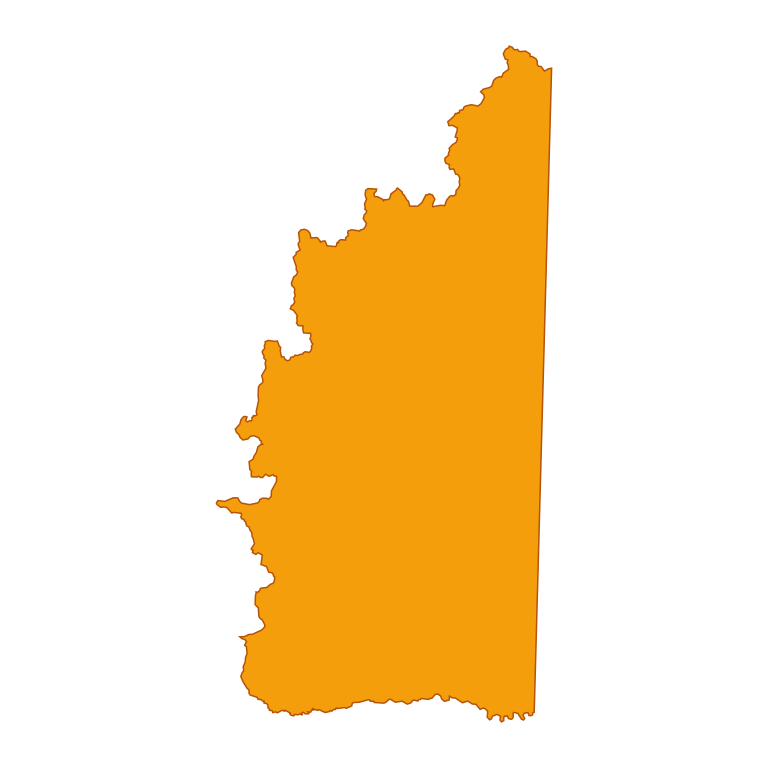 Minas, Neuquén, Argentina
{"feature_id": "61730980B83273988840504", "entity_name": "Minas", "entity_type": "district", "adm_level": 2, "iso_a3": "ARG", "parent_name": "Argentina", "parent_adm1": "Neuquén", "projection": "robinson", "projection_center": [-70.936, -36.758], "detail": "fine", "context": "isolated", "style": "filled", "palette": "amber", "viewbox_px": 768, "rotation_deg": 0, "n_neighbors": 0, "source": "geoboundaries", "source_scale": "gbopen_adm2", "svg_char_len": 6092}
<svg xmlns="http://www.w3.org/2000/svg" viewBox="0 0 768 768"><path d="M551.6,68.2L548.4,68.8L544.4,71.1L541.2,66.6L538.7,66.3L537.3,64.8L537.2,61.1L535.9,58.7L532.3,56.6L530.2,56.5L530.0,53.9L525.4,51.1L520.3,51.6L518.8,51.1L517.6,49.4L515.8,49.9L513.5,49.2L512.5,47.4L509.3,46.1L508.2,48.1L506.5,48.7L504.7,50.7L503.3,54.0L505.3,59.1L507.9,59.9L507.1,62.7L508.2,64.9L508.6,69.3L503.3,73.1L501.6,77.2L499.4,76.6L495.7,78.3L493.6,80.5L491.8,86.1L489.2,87.6L483.1,89.3L480.6,91.8L483.9,94.9L484.4,97.5L481.1,103.6L477.9,106.0L471.4,104.7L465.7,106.0L464.0,107.1L462.9,109.7L459.6,110.4L459.2,112.9L457.4,112.9L456.6,113.8L455.3,113.5L454.2,116.0L447.8,121.7L448.9,125.6L452.6,125.4L457.1,127.8L457.3,130.0L455.2,137.0L457.2,137.8L457.4,139.1L456.1,142.4L452.6,144.6L449.1,148.4L449.8,149.8L448.3,153.8L448.6,155.2L444.9,158.2L445.0,160.9L445.7,163.1L449.5,164.7L449.1,167.1L449.8,169.3L453.7,169.0L455.7,174.2L457.4,174.3L458.7,175.8L459.8,178.1L459.2,182.0L459.8,185.2L458.6,187.8L456.1,190.5L455.8,194.4L453.4,196.2L451.5,195.5L449.6,196.4L446.6,200.2L444.7,205.6L440.4,205.3L432.8,206.7L432.5,204.6L434.8,199.1L432.4,195.0L429.1,193.8L427.9,194.8L425.9,194.9L422.0,202.5L417.7,206.2L409.7,206.1L408.5,201.3L407.0,200.1L403.9,194.8L402.4,193.8L402.2,192.0L397.7,188.1L396.6,188.6L396.4,189.9L391.0,193.8L389.6,198.8L386.8,199.8L384.2,199.6L383.6,200.7L382.5,199.3L377.8,196.8L374.6,196.6L373.9,193.6L376.2,191.2L376.6,189.1L368.0,188.6L365.7,190.3L365.2,193.5L365.3,195.9L366.6,199.0L364.5,204.0L365.2,207.8L364.8,209.1L366.7,210.8L366.2,212.7L364.2,214.9L363.3,218.7L366.4,223.5L365.6,226.3L363.5,229.1L360.3,230.0L359.7,231.0L351.9,229.8L348.2,230.8L347.7,232.4L348.3,235.5L345.7,237.7L345.6,240.1L340.7,239.6L338.3,241.4L338.6,242.7L337.0,242.8L336.6,245.3L335.5,246.6L327.1,245.8L325.1,241.0L322.7,241.1L320.4,242.2L320.1,241.0L317.2,237.6L311.0,238.0L309.9,233.2L307.8,230.7L306.2,229.9L304.4,229.3L300.9,229.9L298.6,232.6L299.7,241.5L298.3,243.2L298.2,244.9L300.1,250.0L296.2,252.3L296.2,254.2L293.2,257.4L296.3,266.8L296.2,270.0L297.7,272.1L296.2,275.2L293.8,276.7L291.4,283.2L291.9,285.7L293.9,287.4L294.8,289.4L294.3,292.2L295.2,296.0L293.9,298.4L294.7,302.3L292.7,305.2L291.5,305.5L290.3,308.8L293.7,310.5L297.5,315.8L296.8,316.7L297.1,321.8L296.4,323.0L298.2,325.6L302.9,325.9L302.9,330.0L303.6,332.9L310.5,333.3L310.9,335.8L310.0,339.0L311.3,340.8L311.3,342.2L312.8,344.0L311.4,346.3L311.8,348.1L310.5,351.3L309.0,352.4L305.3,351.7L303.2,352.9L302.7,354.0L299.3,354.6L297.7,355.6L295.2,355.1L293.5,356.8L290.8,357.3L289.6,360.2L286.9,360.7L284.9,359.0L283.9,356.9L281.5,356.8L280.3,351.3L280.6,347.3L279.2,346.1L277.4,341.0L274.6,341.4L268.3,340.4L265.2,341.7L265.2,344.0L264.3,345.6L264.7,348.4L262.4,351.1L262.3,352.7L264.1,356.1L263.8,358.0L265.9,360.2L265.1,363.4L266.0,368.1L261.7,375.6L263.0,380.4L262.4,382.8L259.6,385.1L258.4,387.2L258.1,395.7L258.6,400.6L256.2,411.5L256.8,414.8L255.3,415.8L253.4,415.6L253.3,416.7L252.0,417.3L251.9,420.0L251.2,420.9L249.7,420.7L247.4,421.9L245.6,420.6L247.0,417.0L244.6,416.4L243.0,417.2L241.0,419.7L239.9,423.9L235.3,429.2L236.5,432.4L238.9,434.7L240.1,437.5L242.9,440.0L248.0,438.9L250.3,436.4L253.9,435.7L259.0,438.0L260.0,440.4L261.3,441.0L261.3,442.9L262.6,444.3L261.0,444.4L257.9,446.8L256.4,452.4L253.8,456.5L253.2,459.1L249.1,461.6L249.8,469.4L251.6,471.5L251.1,473.4L251.5,476.8L257.2,477.0L258.5,476.1L260.1,477.3L262.5,477.6L265.6,474.2L269.1,476.3L273.1,474.6L274.1,476.0L276.5,476.4L276.5,481.5L271.5,490.8L271.2,496.5L268.5,499.2L266.8,498.3L262.8,498.1L259.8,499.5L259.3,501.4L257.5,503.0L249.5,504.6L241.5,503.1L239.5,501.1L237.8,497.9L233.2,497.8L224.8,501.4L217.8,500.6L216.4,503.2L217.1,504.6L220.6,507.3L224.5,506.9L227.3,507.9L231.7,513.0L234.1,512.4L241.1,513.3L241.6,515.4L240.8,516.8L241.6,518.7L243.8,519.4L244.3,520.8L245.6,521.8L246.6,525.8L249.0,527.0L249.9,530.0L251.7,532.6L252.2,536.9L253.0,537.9L254.5,543.7L251.2,548.8L251.6,549.7L253.1,550.1L252.5,552.6L255.9,554.4L258.1,552.7L262.3,555.1L261.0,564.5L266.5,566.5L268.7,572.2L272.1,572.9L273.2,574.1L273.4,575.8L274.6,576.7L274.5,580.5L273.2,583.2L270.3,584.4L266.9,587.4L260.4,588.3L260.2,589.6L258.2,592.1L256.0,592.1L256.3,593.0L255.5,594.9L255.1,604.6L258.3,607.9L258.9,616.5L260.6,619.0L261.8,619.3L263.7,622.6L265.0,625.4L264.4,627.3L261.7,630.0L252.3,634.3L249.2,634.4L244.4,636.6L239.8,636.8L241.7,638.5L244.9,639.6L246.5,641.6L244.6,645.3L246.4,646.7L247.1,653.5L245.6,657.2L245.2,662.0L243.2,666.6L243.7,670.8L242.3,672.4L240.8,676.5L242.9,681.5L247.2,688.5L248.9,689.7L249.1,693.5L250.2,695.0L257.0,697.3L258.1,699.4L261.0,699.5L262.7,701.1L264.0,701.2L264.0,703.0L266.9,703.7L267.9,705.2L268.0,707.8L269.4,709.0L269.4,710.3L272.2,710.7L272.8,712.6L275.5,711.9L277.3,712.8L282.0,710.3L284.6,711.2L285.0,710.2L290.2,713.0L289.8,713.6L291.0,715.2L293.8,715.8L294.8,714.4L297.5,714.8L300.6,714.0L301.9,714.9L302.3,714.5L301.5,713.1L302.9,712.2L305.2,713.8L308.2,713.9L309.0,713.0L307.9,711.9L310.6,712.1L311.6,710.3L313.1,710.0L312.2,709.3L312.5,708.6L317.7,710.4L318.8,709.6L325.1,712.5L329.6,711.5L330.0,710.5L331.8,711.2L333.4,709.5L335.4,709.5L336.2,708.0L337.1,708.5L344.8,707.6L346.2,708.3L351.8,705.9L352.2,703.3L353.9,702.5L359.3,702.2L368.5,699.7L369.4,699.8L370.1,701.1L373.6,701.3L374.3,702.5L383.2,703.1L385.1,702.8L389.1,699.4L390.3,699.2L395.4,702.2L402.1,701.2L407.3,704.1L410.7,703.0L413.3,700.0L417.9,701.0L418.6,699.6L420.4,699.5L421.3,698.5L428.7,699.4L430.1,698.4L431.7,698.4L435.3,694.5L437.7,694.0L440.6,696.0L441.8,699.1L444.5,701.3L449.0,700.1L449.5,696.1L451.9,697.7L455.5,698.1L462.5,702.8L467.7,701.0L472.3,704.0L476.0,704.3L480.2,709.4L482.8,708.1L485.3,708.7L487.7,711.5L487.2,717.1L489.6,719.8L491.5,718.8L492.4,716.2L497.0,714.4L500.5,716.2L500.0,720.1L501.6,721.9L503.8,720.6L503.8,716.9L504.5,716.1L505.6,716.5L507.2,715.7L508.5,718.5L510.9,719.3L512.3,718.7L513.3,716.9L513.1,713.1L514.1,712.4L517.9,713.4L521.5,719.2L523.5,720.0L524.7,718.5L523.0,715.2L524.2,713.3L527.9,712.5L529.1,715.6L531.4,715.6L532.5,714.9L533.0,712.6L534.2,712.3L551.6,68.2Z" fill="#f59e0b" stroke="#b45309" stroke-width="1.5"/></svg>